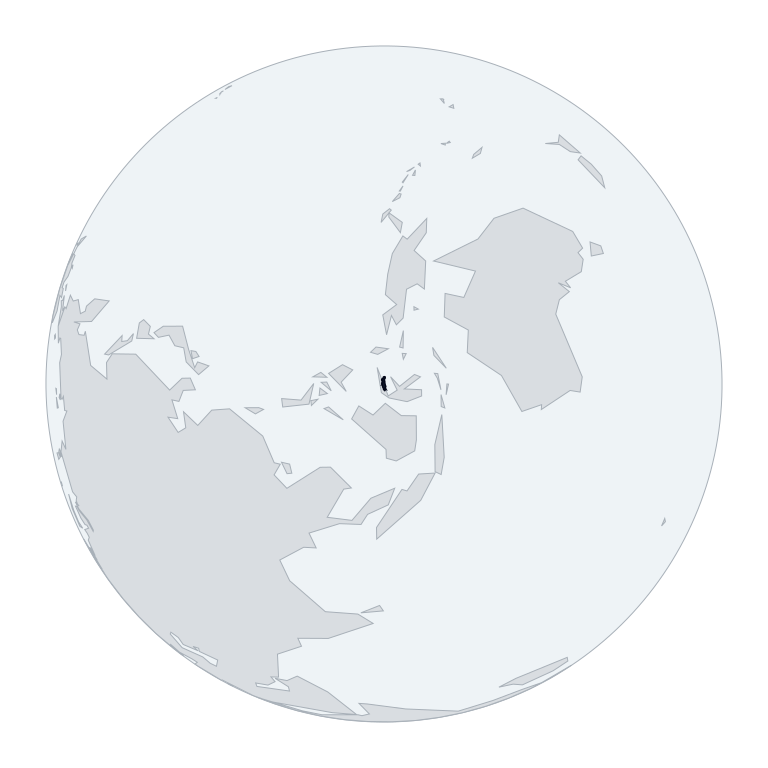 globe centered on Gorontalo, rotated 262°
{"feature_id": "IDN-1837", "entity_name": "Gorontalo", "entity_type": "Province", "adm_level": 1, "iso_a3": "IDN", "parent_name": "Indonesia", "parent_adm1": "", "projection": "orthographic", "projection_center": [122.28, 0.663], "detail": "fine", "context": "on_globe", "style": "filled", "palette": "ink", "viewbox_px": 768, "rotation_deg": 262, "n_neighbors": 0, "source": "natural_earth", "source_scale": "10m", "svg_char_len": 8837}
<svg xmlns="http://www.w3.org/2000/svg" viewBox="0 0 768 768"><g transform="rotate(262 384 384)"><circle cx="384" cy="384" r="338" fill="#eef3f6" stroke="#a8b0b8"/><path d="M658.5,479.5L658.2,482.0L657.9,482.3L658.5,479.5ZM548.8,89.0L548.4,88.8L556.8,94.0L546.1,87.8L569.7,104.3L572.0,109.9L562.5,99.2L556.1,94.9L554.3,95.9L547.4,91.9L542.6,90.5L534.5,86.0L529.5,81.3L524.2,78.7L523.2,79.7L514.5,76.7L516.8,75.4L501.8,70.4L490.7,64.0L497.3,65.6L523.6,76.2L548.8,89.0ZM700.6,275.0L697.8,267.5L700.1,271.6L700.6,275.0ZM695.7,263.4L696.7,265.8L695.8,263.9L695.7,263.4ZM694.7,262.3L695.4,263.1L694.8,263.0L694.7,262.3ZM693.6,261.8L694.1,261.8L694.1,262.1L693.6,261.8ZM691.0,258.8L690.2,257.8L690.4,257.0L691.0,258.8ZM564.4,99.4L564.6,98.9L566.8,100.9L564.4,99.4ZM543.3,91.1L545.4,92.7L542.0,91.4L543.3,91.1ZM526.5,83.7L520.4,81.6L525.8,82.8L526.5,83.7ZM516.2,79.8L501.3,75.9L504.8,78.7L486.6,69.4L505.3,75.2L511.4,76.0L511.5,77.4L516.2,79.8ZM478.8,65.4L474.5,64.1L478.1,64.6L478.8,65.4ZM94.2,210.2L94.3,210.2L113.5,182.5L113.2,181.9L130.7,160.3L133.0,157.9L134.4,160.4L138.6,155.5L146.8,144.3L156.3,136.1L150.7,139.9L146.1,144.8L142.5,147.8L146.4,143.7L149.6,140.7L151.1,139.2L168.9,123.3L187.9,108.8L207.8,95.7L228.6,84.0L250.1,73.7L272.3,65.1L256.0,72.1L247.3,75.5L250.0,73.8L235.6,80.8L242.5,77.5L239.8,79.2L251.1,74.4L249.8,75.5L262.9,69.7L262.5,70.5L254.2,74.1L270.5,69.4L273.2,70.8L277.6,69.3L281.5,67.4L282.3,71.4L285.5,70.2L286.4,68.4L293.4,65.2L306.0,61.5L305.6,63.0L301.0,64.5L290.7,70.8L278.5,75.5L279.6,75.9L290.1,72.2L302.6,64.5L310.3,61.9L305.6,65.1L307.9,63.7L311.6,63.0L314.9,64.0L320.6,60.6L361.8,54.7L372.3,57.3L363.5,59.9L391.8,61.0L401.4,66.2L402.2,64.1L416.4,64.8L413.6,63.0L415.1,62.2L450.2,65.8L458.1,68.7L474.2,70.2L474.7,69.4L469.7,67.2L486.6,69.4L504.8,78.7L502.9,79.7L515.6,85.8L509.4,87.8L510.1,93.0L495.9,93.2L497.7,98.3L502.5,100.2L508.6,109.4L504.5,123.4L486.6,103.1L488.6,85.5L485.9,91.3L480.2,87.8L475.4,88.8L474.0,93.8L477.8,95.6L443.2,96.1L427.4,110.3L443.9,112.2L451.7,119.1L448.1,142.3L407.8,170.9L417.8,184.8L416.8,193.0L404.5,196.4L405.6,184.3L395.3,178.5L397.8,171.8L378.4,174.9L381.2,165.5L364.7,173.4L368.2,181.6L384.4,181.6L368.9,193.8L382.1,209.8L380.9,227.6L349.3,256.7L321.3,264.3L319.0,270.1L309.3,262.5L294.2,273.3L310.4,309.2L309.1,319.4L285.6,337.2L285.5,329.5L259.9,309.2L253.4,333.3L272.7,355.1L279.3,380.1L263.7,371.4L257.2,349.6L248.1,341.7L251.9,320.5L246.8,289.0L231.1,294.0L233.5,281.7L224.2,256.3L202.3,263.2L166.7,294.2L159.8,326.1L148.4,339.9L139.8,293.4L144.2,263.3L135.8,265.8L131.3,240.9L108.4,238.8L109.7,231.3L104.4,234.7L102.0,227.2L105.8,215.3L102.2,216.1L93.1,247.7L97.5,247.2L107.7,235.2L103.8,246.7L106.8,257.4L86.9,285.4L60.5,310.8L65.7,287.2L86.0,225.2L89.8,218.5L90.2,217.8L90.9,216.4L84.8,227.3L90.9,215.8L71.7,257.7L65.1,276.5L60.1,312.2L58.6,316.0L59.3,323.6L71.2,314.8L69.5,322.8L59.2,360.2L49.7,412.0L55.4,447.7L62.3,478.2L66.3,498.5L76.1,522.3L79.5,530.6L70.0,508.8L61.9,486.3L55.5,463.3L50.7,439.9L47.6,416.3L46.2,392.4L46.4,368.6L48.4,344.8L52.0,321.2L57.2,297.9L64.1,275.0L72.6,252.7L82.7,231.1L94.2,210.2ZM127.8,178.8L133.8,180.9L144.9,163.9L148.1,163.7L150.7,158.4L145.7,162.8L154.0,148.9L161.6,145.0L167.9,138.4L166.2,137.5L151.0,147.4L138.9,166.6L131.6,173.1L127.8,178.8ZM109.7,187.1L105.8,192.3L107.5,189.7L108.5,188.4L109.7,187.1ZM204.8,639.1L211.8,643.3L208.5,643.5L204.8,639.1ZM74.2,473.9L87.8,527.4L84.1,527.5L76.5,511.6L66.8,479.2L68.8,470.1L67.8,455.6L74.2,473.9ZM364.7,444.0L375.3,446.3L374.9,447.9L364.7,444.0ZM353.7,437.5L365.6,439.0L351.8,440.9L353.7,437.5ZM370.3,439.6L382.4,437.6L387.6,435.4L386.8,438.7L370.3,439.6ZM345.7,437.0L303.0,433.4L286.4,428.0L290.1,422.4L316.9,425.9L345.7,437.0ZM288.7,422.2L263.7,404.2L231.4,355.2L242.9,356.6L277.1,387.1L274.9,391.9L290.0,405.8L288.7,422.2ZM350.3,396.7L348.0,411.5L324.2,408.3L313.5,405.1L306.1,385.4L310.2,376.0L318.9,376.9L353.9,347.1L365.8,356.0L354.8,368.8L364.7,382.6L350.3,396.7ZM160.6,329.2L165.3,348.8L159.4,351.8L160.6,329.2ZM369.0,325.9L354.2,338.7L368.0,321.2L369.0,325.9ZM377.7,309.3L378.1,316.4L372.8,309.1L377.7,309.3ZM317.8,279.4L308.5,280.3L308.7,275.5L320.8,271.6L317.8,279.4ZM379.8,243.2L378.0,256.7L375.6,261.2L372.3,252.5L379.8,243.2ZM318.9,56.4L302.0,59.2L289.9,62.4L283.1,65.6L285.4,63.0L304.1,57.9L318.9,56.4ZM356.6,54.3L362.4,52.6L364.8,53.4L363.7,53.9L356.6,54.3ZM356.7,53.3L354.7,51.5L361.2,50.6L361.4,52.1L356.7,53.3ZM332.4,50.8L327.5,51.4L330.1,50.8L332.4,50.8ZM579.0,607.4L582.5,610.9L572.8,619.9L559.7,628.5L547.6,629.9L579.0,607.4ZM482.7,619.4L481.9,607.1L496.0,607.8L490.6,617.9L482.7,619.4ZM588.2,600.8L596.8,591.0L599.7,577.2L599.1,590.2L606.3,592.3L585.4,610.5L588.2,600.8ZM429.3,563.8L363.5,581.3L348.7,577.1L351.7,567.4L336.8,536.2L341.6,537.2L337.6,516.7L376.1,501.5L403.5,470.8L425.7,475.0L442.0,453.0L465.2,457.1L458.6,475.1L483.1,490.3L498.9,450.2L514.5,497.2L532.8,516.0L538.8,546.2L508.8,592.1L490.9,599.6L487.1,594.4L479.8,598.6L467.8,595.0L460.5,577.9L453.3,582.2L460.0,570.7L449.7,580.4L443.1,569.4L429.3,563.8ZM595.3,502.9L598.9,504.8L604.7,514.0L598.9,511.5L595.3,502.9ZM649.4,487.1L651.1,491.3L647.3,491.5L649.4,487.1ZM657.9,482.3L653.4,482.8L658.5,479.5L657.9,482.3ZM613.6,479.2L615.4,482.4L613.9,483.2L613.6,479.2ZM612.1,477.9L614.2,473.8L613.9,478.3L612.1,477.9ZM594.8,450.4L596.9,448.4L597.9,450.4L594.8,450.4ZM390.9,447.9L405.4,437.4L413.5,437.2L390.9,447.9ZM591.6,444.9L586.2,443.6L586.7,441.3L591.6,444.9ZM591.9,439.4L591.2,435.9L594.7,444.4L591.9,439.4ZM581.4,430.2L588.1,437.2L580.6,430.8L581.4,430.2ZM577.5,430.4L572.7,427.0L573.0,426.0L577.5,430.4ZM524.2,427.1L542.0,449.4L527.9,446.9L512.0,432.4L500.0,442.4L472.4,437.2L478.6,430.8L474.7,419.5L446.6,412.1L440.9,404.5L450.8,400.9L432.4,393.4L452.6,392.4L460.9,407.6L472.3,397.8L492.3,403.0L512.0,410.4L528.0,423.3L524.2,427.1ZM452.9,424.0L456.4,424.4L453.4,428.4L452.9,424.0ZM563.5,417.6L570.5,425.7L569.7,427.4L566.3,425.7L563.5,417.6ZM531.6,421.3L548.7,412.0L552.8,412.8L541.5,424.6L531.6,421.3ZM544.4,403.6L552.5,406.5L556.8,413.9L555.2,415.4L544.4,403.6ZM411.8,406.3L411.0,410.2L405.8,406.6L411.8,406.3ZM418.4,404.6L434.2,410.6L417.0,407.9L418.4,404.6ZM371.6,386.5L376.1,396.2L390.3,391.5L379.5,399.1L389.2,415.5L386.0,421.1L376.3,403.4L373.1,420.4L366.9,419.6L363.3,404.4L369.5,387.0L375.8,380.2L401.4,379.5L371.6,386.5ZM418.3,393.2L414.2,381.9L417.3,375.1L421.7,381.2L418.3,393.2ZM402.3,355.0L391.8,341.8L381.9,345.6L402.2,330.6L408.9,345.6L402.3,355.0ZM393.9,327.6L384.6,330.8L394.4,322.0L393.9,327.6ZM382.4,326.6L381.7,318.2L388.9,320.0L382.4,326.6ZM398.6,328.4L401.0,314.5L404.3,323.1L398.6,328.4ZM379.6,299.6L394.3,314.5L374.5,306.9L375.3,280.5L383.8,280.6L379.6,299.6ZM437.0,204.7L435.7,197.9L443.9,197.5L442.4,202.2L437.0,204.7ZM469.3,192.6L445.6,195.3L426.5,198.8L431.8,202.5L426.3,213.1L419.1,201.7L433.4,191.2L447.7,190.7L451.0,182.2L462.3,177.9L461.6,167.1L466.9,163.4L471.9,173.4L469.3,192.6ZM460.8,162.6L463.7,145.4L478.5,150.2L481.2,155.0L473.6,160.6L466.2,157.7L460.8,162.6ZM468.8,142.9L461.7,140.2L451.1,115.3L452.5,111.5L468.4,131.4L462.6,130.2L462.6,135.9L468.8,142.9ZM475.2,65.0L474.6,64.2L477.8,65.5L475.2,65.0ZM413.2,61.3L415.8,60.4L419.5,61.6L413.2,61.3ZM424.9,59.0L419.0,58.3L425.4,58.4L424.9,59.0ZM405.6,57.1L416.7,57.7L405.8,58.2L405.6,57.1Z" fill="#d9dde1" stroke="#a8b0b8" stroke-width="1"/><path d="M383.5,381.8L383.7,382.0L383.8,381.9L384.0,381.9L384.1,382.0L384.1,381.9L384.3,381.9L384.6,382.0L384.7,381.9L385.0,381.9L385.2,382.0L385.4,382.1L385.7,382.2L386.0,382.2L386.2,382.3L386.3,382.3L386.4,382.5L386.5,382.6L386.8,382.7L386.9,382.8L387.0,382.9L387.2,383.0L387.4,383.1L387.6,382.9L387.8,382.8L387.9,382.6L388.0,382.5L388.0,382.4L388.1,382.2L388.3,382.2L388.7,382.4L388.8,382.4L388.8,382.5L389.0,382.7L389.1,382.8L389.5,383.0L389.6,383.3L389.7,383.6L389.8,383.6L390.0,383.8L390.2,384.0L390.8,384.3L391.0,384.4L391.1,384.6L391.2,385.0L391.2,385.4L391.2,385.6L391.0,385.9L390.9,386.1L390.6,386.1L390.0,386.1L389.8,386.0L389.7,386.0L389.6,385.9L389.4,385.6L389.2,385.6L389.0,385.3L388.8,385.0L388.7,384.9L388.6,385.0L388.4,385.0L388.1,385.1L387.3,385.0L386.7,385.1L386.4,385.1L386.3,384.9L386.2,384.8L386.2,385.0L385.9,385.1L385.7,385.0L384.3,385.0L384.2,385.0L383.6,385.1L383.4,385.1L383.2,385.1L382.6,385.1L382.4,385.2L382.3,385.3L381.7,385.3L381.4,385.3L381.2,385.4L380.8,385.0L380.7,384.9L380.4,384.8L380.2,384.9L380.1,384.7L379.9,384.8L379.7,384.8L379.6,384.7L379.5,384.8L379.5,385.0L379.4,385.0L379.2,385.1L378.9,385.1L378.6,385.1L378.4,385.2L378.5,385.0L378.5,384.6L378.4,384.6L378.2,384.5L378.0,384.4L377.9,384.4L377.7,384.2L377.4,383.9L377.7,383.7L377.8,383.7L377.9,383.4L378.0,383.3L378.1,383.2L378.5,382.9L378.8,382.8L379.0,382.8L379.3,382.9L379.7,382.8L380.1,382.7L380.3,382.6L380.7,382.5L381.4,382.2L381.5,382.2L382.3,382.4L382.6,382.3L383.2,382.1L383.5,381.9L383.5,381.8Z" fill="#0f172a" stroke="#020617" stroke-width="1.5"/></g></svg>